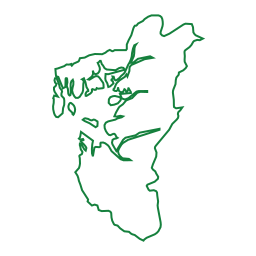 an SVG outline of Rogaland
{"feature_id": "NOR-914", "entity_name": "Rogaland", "entity_type": "County", "adm_level": 1, "iso_a3": "NOR", "parent_name": "Norway", "parent_adm1": "", "projection": "orthographic", "projection_center": [5.997, 59.066], "detail": "fine", "context": "isolated", "style": "outline", "palette": "green", "viewbox_px": 256, "rotation_deg": 0, "n_neighbors": 0, "source": "natural_earth", "source_scale": "10m", "svg_char_len": 5645}
<svg xmlns="http://www.w3.org/2000/svg" viewBox="0 0 256 256"><path d="M143.5,240.6L139.7,238.8L134.7,235.0L132.3,234.3L131.0,233.6L129.0,231.8L124.3,231.3L120.1,228.3L117.6,225.6L114.6,224.8L113.9,224.1L112.2,220.6L111.5,217.5L111.2,213.0L110.4,211.7L108.5,210.8L101.7,211.1L98.7,210.0L97.4,205.5L94.7,204.6L91.9,205.5L87.6,201.5L88.1,199.5L82.1,190.2L80.4,184.7L78.9,180.8L78.3,178.0L77.5,175.7L75.3,172.2L79.0,168.0L79.6,165.9L80.0,163.6L79.8,158.2L79.3,156.0L80.0,155.1L81.8,154.2L82.4,152.5L82.3,151.6L80.8,149.4L80.3,146.7L79.8,145.1L79.9,143.6L80.6,143.8L82.1,145.5L84.3,149.4L85.7,150.6L86.4,148.0L85.7,146.6L84.0,144.5L80.9,141.5L82.4,140.0L83.1,139.9L83.9,140.7L83.0,139.0L80.2,139.6L78.9,138.6L79.8,137.6L80.3,136.0L81.0,131.9L93.0,140.7L92.3,144.2L91.9,148.9L92.0,153.4L92.9,156.3L94.4,147.6L95.8,146.9L99.2,147.2L100.5,146.5L100.4,143.2L100.7,142.7L103.1,142.5L105.2,143.3L107.9,145.3L109.0,146.6L111.6,151.2L120.6,159.2L123.7,160.3L130.6,160.2L128.9,158.9L122.5,158.3L119.8,155.8L118.6,153.8L118.0,151.4L118.5,149.8L119.5,147.7L121.5,144.5L123.1,142.9L128.1,139.8L159.5,129.8L159.5,128.8L139.5,132.7L135.6,135.3L125.5,137.7L123.1,139.8L116.3,151.0L112.5,144.4L112.0,142.7L112.6,139.8L114.3,138.8L116.1,138.5L117.5,137.8L116.5,137.1L115.3,134.7L114.5,133.9L113.2,133.9L110.4,135.2L109.0,134.9L107.5,133.5L105.9,131.1L104.7,128.1L104.5,125.1L105.8,122.7L108.2,121.4L115.4,119.6L117.5,118.4L121.7,117.3L123.0,116.4L120.3,115.8L116.7,116.6L114.4,116.3L116.0,112.5L118.5,108.1L119.5,106.7L122.9,104.3L126.2,100.4L132.1,98.1L137.3,92.7L140.5,91.8L147.2,92.0L147.2,91.0L138.4,91.1L136.5,91.6L128.5,98.1L125.0,99.5L121.9,98.5L120.0,94.0L130.9,93.0L130.9,92.1L128.2,87.6L128.3,88.6L128.1,90.0L127.5,91.1L126.3,91.9L125.3,89.7L124.4,89.2L123.2,91.6L122.7,92.1L120.5,92.1L119.5,91.4L118.8,90.4L118.0,87.3L117.7,90.0L116.5,91.0L114.9,90.9L113.5,90.1L113.5,89.2L114.3,88.4L116.0,84.3L116.8,83.0L119.5,80.4L124.9,76.8L126.4,74.5L127.4,76.5L129.4,71.0L129.5,68.1L129.8,66.8L131.3,65.0L144.6,59.2L152.9,57.8L150.1,56.3L138.0,58.8L133.4,62.5L130.8,62.8L133.8,56.2L134.2,53.5L134.5,48.1L135.1,45.9L136.1,44.4L134.3,45.3L133.0,48.6L132.1,52.9L131.7,56.6L130.9,59.4L129.6,62.4L128.1,64.9L124.8,72.3L123.9,73.6L121.0,76.1L119.4,78.0L116.8,80.0L115.7,80.4L114.5,79.6L113.7,76.7L112.5,76.5L113.0,78.4L111.5,79.5L111.5,80.4L112.8,81.3L113.5,83.4L110.1,86.4L108.3,87.0L107.3,83.3L105.6,80.4L105.3,78.5L105.6,74.0L108.3,74.2L124.8,69.7L123.4,67.9L121.3,67.5L119.1,68.1L115.6,70.2L106.7,69.5L104.6,68.2L102.9,65.3L101.9,64.3L100.7,60.9L99.9,60.9L98.6,62.4L97.7,62.8L99.6,67.2L99.9,69.3L99.2,71.7L97.7,73.5L95.6,74.2L93.8,73.4L92.8,70.6L93.1,74.0L91.9,76.5L88.2,79.4L89.5,79.7L94.7,76.5L96.7,76.1L98.2,76.5L99.5,77.8L103.1,82.8L103.5,84.3L103.6,87.7L102.7,88.2L98.1,88.7L96.7,88.1L95.9,89.7L94.9,89.9L92.4,89.1L91.9,89.5L92.0,91.2L91.7,92.1L90.4,93.5L86.5,95.9L85.7,95.8L85.5,94.0L86.2,92.4L87.2,91.3L88.2,91.1L88.2,90.0L86.5,87.1L85.4,82.0L83.9,78.3L82.1,79.3L82.7,79.6L83.8,81.3L83.3,84.0L83.1,90.1L82.5,92.5L79.7,96.8L77.9,97.9L75.7,97.8L74.4,96.4L72.9,93.6L72.1,90.4L72.6,87.5L73.3,84.8L73.4,81.6L72.8,79.8L71.4,81.2L70.7,83.5L70.6,86.3L70.8,92.4L70.6,94.1L70.3,95.2L69.6,95.5L68.8,94.8L68.3,93.7L67.9,89.0L67.0,86.8L66.8,85.2L67.4,82.3L67.1,78.9L66.7,78.2L65.8,78.3L65.6,78.8L65.4,87.0L62.9,88.3L58.3,76.9L56.1,76.2L55.8,74.1L55.4,69.0L57.6,68.5L64.3,66.1L66.5,64.5L69.1,64.6L71.1,64.0L71.1,64.9L71.8,65.7L73.5,63.7L78.2,61.6L79.0,60.8L79.9,58.2L84.7,57.6L89.2,55.3L94.9,54.0L102.2,54.2L105.4,52.7L107.5,51.0L109.8,49.9L112.1,51.2L112.8,51.2L114.8,50.1L126.0,50.1L126.8,49.0L126.8,44.5L128.6,40.3L131.3,35.2L133.4,28.3L134.2,26.6L134.9,25.7L136.1,25.7L136.8,25.2L138.1,23.5L142.9,21.0L144.6,19.1L148.2,16.7L151.5,15.4L158.4,15.4L160.1,16.0L161.5,17.2L162.3,19.1L162.7,21.6L162.8,24.1L162.5,26.2L160.6,32.0L160.6,33.7L162.1,35.4L164.1,36.1L169.4,33.7L183.5,24.5L185.5,23.7L191.8,24.1L193.0,27.2L193.4,32.4L194.5,34.1L195.7,35.3L202.9,38.6L199.8,40.2L197.2,39.9L194.2,40.9L193.3,41.7L191.4,45.0L189.5,47.1L185.2,50.3L184.6,51.2L184.5,52.4L184.8,56.1L184.6,59.6L184.7,61.8L186.9,66.1L185.7,68.1L183.3,70.3L178.9,72.5L178.7,74.7L176.4,77.5L175.8,80.0L175.5,84.2L173.5,89.2L173.0,90.9L172.9,92.7L173.8,99.9L173.9,105.9L174.1,107.1L176.1,108.3L182.3,107.4L180.2,110.4L178.5,111.9L178.0,113.1L177.9,114.3L178.4,115.9L178.0,117.9L176.8,119.5L172.3,123.9L169.2,129.7L155.8,145.8L155.0,147.1L154.9,148.3L156.5,152.5L156.2,156.6L152.9,164.4L151.8,167.8L152.9,169.5L155.3,171.4L156.2,173.5L158.2,176.8L157.9,178.8L154.7,181.7L147.4,184.7L146.7,185.9L148.6,189.7L149.8,190.7L153.8,190.2L156.2,191.2L157.0,192.5L157.3,195.8L158.1,201.4L157.6,205.4L157.9,207.9L160.6,222.3L160.8,224.7L160.5,227.2L158.4,231.2L156.8,232.9L154.8,234.3L146.6,237.8L144.2,239.6L143.5,240.6ZM61.4,94.7L61.5,95.7L64.0,98.4L64.3,100.8L64.2,104.8L63.1,108.1L62.6,113.3L58.1,117.2L56.2,116.9L54.7,114.8L54.0,112.9L53.2,109.3L53.1,106.2L53.7,102.9L53.8,99.0L53.2,98.3L54.2,95.6L57.8,96.6L54.6,91.7L54.0,89.7L54.0,87.5L55.8,85.8L56.5,83.9L55.1,82.6L54.5,80.3L55.0,78.3L56.6,78.1L59.2,84.8L59.8,87.8L61.7,90.3L62.1,91.7L61.5,93.2L61.4,94.7ZM115.0,96.0L119.1,97.0L121.0,98.2L120.5,100.4L117.9,103.3L114.1,104.7L110.8,105.2L108.7,102.9L108.9,99.3L110.3,97.2L112.9,96.2L115.0,96.0ZM94.8,119.8L97.5,121.5L97.6,123.1L97.4,126.0L95.6,127.2L89.5,123.2L84.8,121.1L82.8,119.8L84.2,118.6L85.2,118.3L88.1,118.9L90.3,120.1L91.8,120.4L93.5,119.6L94.8,119.8ZM74.7,107.4L75.1,109.4L74.9,111.4L73.9,114.1L73.3,114.8L72.4,113.9L72.5,113.1L72.1,112.5L69.1,109.6L68.5,107.9L68.4,106.2L69.1,104.1L69.8,103.2L70.5,102.9L71.2,103.1L73.1,104.7L74.0,105.8L74.7,107.4Z" fill="none" stroke="#15803d" stroke-width="2"/></svg>